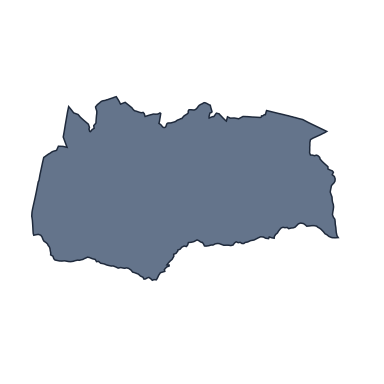 Keiyo South, Rift Valley, Kenya (Mercator projection), rotated 102°
{"feature_id": "3690345B51361114330680", "entity_name": "Keiyo South", "entity_type": "district", "adm_level": 2, "iso_a3": "KEN", "parent_name": "Kenya", "parent_adm1": "Rift Valley", "projection": "mercator", "projection_center": [35.567, 0.379], "detail": "fine", "context": "isolated", "style": "filled", "palette": "slate", "viewbox_px": 384, "rotation_deg": 102, "n_neighbors": 0, "source": "geoboundaries", "source_scale": "gbopen_adm2", "svg_char_len": 6062}
<svg xmlns="http://www.w3.org/2000/svg" viewBox="0 0 384 384"><g transform="rotate(102 192 192)"><path d="M189.0,344.2L193.7,344.3L206.9,344.3L212.3,344.1L213.1,344.2L214.0,344.5L224.5,344.3L230.8,344.3L238.8,344.4L242.3,344.4L245.0,344.3L249.1,343.7L250.0,343.3L253.0,342.2L256.5,341.2L260.5,340.1L262.8,339.5L265.5,338.7L267.2,337.8L266.2,335.6L265.4,333.5L265.7,331.0L267.2,329.3L267.7,329.0L269.4,327.9L270.9,326.6L271.8,324.3L272.9,322.5L274.3,321.5L275.1,320.3L276.8,319.2L278.7,318.5L281.0,317.5L282.9,317.2L283.7,314.7L286.0,313.3L287.0,311.9L287.0,309.1L287.0,307.3L286.6,304.9L285.8,302.4L285.7,298.3L285.4,296.3L284.5,293.8L283.4,291.9L282.4,289.7L282.2,287.9L281.4,286.4L280.7,284.8L279.5,283.4L278.6,282.1L278.0,281.3L277.5,280.8L277.4,278.8L278.0,275.5L278.1,272.6L280.0,270.9L279.3,269.1L280.7,266.4L280.6,264.9L280.6,262.8L281.1,260.5L281.2,258.1L281.2,255.5L280.7,253.8L281.2,250.8L281.8,248.4L280.7,246.0L280.7,243.5L280.6,241.9L279.8,240.3L279.9,238.1L281.0,235.5L282.7,233.4L282.8,231.5L283.5,227.3L284.9,225.0L285.6,222.2L287.2,220.9L286.7,219.4L285.4,218.0L284.9,217.2L284.5,216.4L285.4,214.4L286.6,212.5L285.6,210.9L285.3,208.6L284.1,208.2L283.2,207.9L280.4,207.3L277.5,206.1L275.3,202.1L273.7,202.9L272.1,202.1L270.5,201.0L269.2,199.0L268.2,199.2L268.5,201.4L266.0,200.2L263.9,198.9L262.2,197.6L261.6,197.3L260.8,197.1L258.7,196.4L256.7,197.0L255.4,194.9L252.6,193.6L251.7,193.8L250.5,191.8L248.1,190.5L246.5,188.5L246.5,186.1L244.6,185.2L243.1,185.1L242.2,185.0L241.9,184.1L241.4,182.5L240.6,180.7L239.9,179.5L237.8,177.1L238.2,175.3L238.5,174.5L238.8,173.9L239.3,172.3L239.1,171.4L240.6,169.8L242.2,168.6L242.0,167.0L241.0,164.3L239.9,162.3L239.5,160.4L237.9,158.5L237.1,156.5L236.8,154.7L237.5,149.8L236.9,147.4L236.7,146.6L236.4,144.8L236.4,143.5L236.3,142.8L235.3,140.8L233.4,140.0L232.8,139.6L231.5,138.4L232.0,136.3L231.2,134.5L232.0,132.4L231.6,130.6L230.3,129.5L229.3,127.1L227.4,124.6L226.1,121.4L224.5,119.4L223.1,117.7L221.5,115.5L221.2,112.7L221.9,110.5L221.8,108.8L221.7,107.4L219.9,107.1L220.2,104.5L220.1,102.0L218.4,102.2L216.2,101.4L214.3,99.9L212.4,99.3L210.3,98.3L208.5,97.2L207.6,95.6L207.6,93.7L206.9,91.5L207.8,89.8L206.7,87.7L206.0,85.5L205.0,83.9L203.2,82.7L201.0,81.3L199.8,79.3L199.7,76.4L200.7,74.1L201.6,72.7L200.9,70.4L200.0,67.8L199.5,65.6L199.5,62.9L200.2,61.9L200.9,59.6L201.7,57.9L202.2,57.2L202.6,56.6L203.6,55.1L205.2,53.2L205.7,51.3L207.0,48.8L207.5,46.1L207.5,45.2L207.0,42.2L206.5,40.6L206.2,39.5L204.6,41.1L201.5,42.5L198.9,43.3L196.9,43.9L193.6,45.2L191.0,45.9L189.0,46.6L187.2,48.5L185.0,49.9L182.4,50.1L179.6,50.2L177.2,50.4L174.8,51.2L173.0,52.3L170.7,53.2L167.8,54.0L165.3,55.6L163.3,56.8L161.0,56.9L158.6,56.9L156.7,56.9L155.1,56.0L153.5,55.0L151.6,54.4L149.4,54.7L147.2,56.0L146.0,58.4L143.3,57.8L142.2,59.1L141.8,61.4L141.2,63.8L139.0,64.3L137.9,66.2L136.3,69.0L135.0,71.1L133.2,73.5L131.6,74.3L130.5,76.0L130.2,76.8L130.1,78.1L131.0,79.6L130.9,82.0L131.2,83.8L129.3,85.1L126.3,85.6L123.6,86.2L121.9,86.4L119.1,87.0L116.1,87.0L114.1,84.8L112.2,82.2L109.1,78.0L107.6,76.2L107.2,75.7L106.5,74.7L104.7,72.8L102.3,82.6L99.9,92.4L98.1,98.8L98.0,102.6L97.8,105.5L97.7,106.9L97.8,107.7L97.6,109.0L97.6,111.0L97.4,113.6L97.4,115.3L97.3,118.1L97.2,121.7L97.2,123.4L96.8,136.0L97.7,136.1L101.1,136.3L101.2,137.1L101.7,137.7L102.5,138.3L102.9,139.0L103.1,139.8L103.8,139.7L104.6,140.2L104.9,140.7L105.8,146.6L106.1,148.3L106.7,153.1L107.5,157.8L110.7,161.6L110.7,162.9L110.8,165.8L110.9,166.4L111.8,169.8L111.1,172.9L115.5,173.1L115.2,173.8L113.4,176.7L111.0,180.2L110.6,180.9L109.9,181.7L109.8,184.5L110.5,184.9L112.3,185.7L113.8,186.4L113.9,187.3L115.0,189.1L116.1,190.6L115.5,190.8L114.7,191.0L113.9,191.0L111.2,190.9L110.7,190.5L110.5,189.9L110.0,189.5L109.5,189.1L108.9,189.3L105.8,191.0L103.3,192.2L103.2,192.7L103.2,193.3L102.9,193.9L102.7,194.8L102.4,195.7L102.2,196.5L102.0,197.8L102.1,198.7L102.6,199.4L103.3,200.0L103.8,200.7L104.3,201.4L104.8,202.0L105.3,202.5L105.8,203.0L106.8,203.6L108.2,204.2L109.2,204.7L109.9,205.2L110.4,205.6L110.8,206.1L111.3,206.8L111.5,207.8L111.7,209.8L112.0,211.4L112.2,212.0L112.7,212.3L113.5,212.5L114.3,212.4L114.8,212.2L115.4,212.2L116.1,212.5L117.2,213.5L118.8,215.2L119.2,215.6L120.0,216.0L120.8,216.5L121.3,216.8L122.2,217.1L122.6,218.2L123.1,218.8L123.5,219.3L123.9,219.9L124.3,220.6L124.8,221.3L125.4,221.9L125.9,222.3L126.5,222.8L127.0,223.6L127.7,224.9L128.8,227.0L129.1,228.0L129.2,228.8L129.4,229.4L129.8,230.3L130.6,230.8L131.3,230.9L132.7,231.1L133.6,231.2L134.3,231.7L134.8,232.7L134.7,233.7L134.3,234.5L133.8,235.1L133.2,235.7L132.7,236.5L132.3,237.3L132.0,237.9L131.8,238.6L129.2,238.5L128.5,238.6L125.2,238.7L121.7,238.9L121.3,239.8L121.7,240.2L122.4,241.0L123.0,242.0L123.2,242.9L123.4,243.5L123.5,244.1L123.6,244.7L123.7,245.6L123.9,246.3L124.4,247.1L125.0,248.4L125.9,250.1L127.9,253.6L125.3,255.0L124.3,256.4L124.6,257.0L124.8,257.5L125.0,258.0L125.0,258.9L124.9,260.6L124.7,261.9L124.5,263.6L124.5,264.5L124.4,265.3L123.8,266.2L123.4,266.9L122.1,268.3L118.2,276.0L120.9,280.2L119.4,281.4L117.8,282.7L117.1,283.4L114.5,285.9L114.9,286.6L115.3,287.4L116.3,288.9L116.7,289.6L118.4,292.5L119.2,293.7L119.5,294.5L119.9,295.1L120.4,295.9L120.8,296.8L121.2,297.9L121.7,298.8L122.2,299.5L123.3,300.4L123.9,300.8L125.2,301.9L125.7,302.3L126.2,302.7L126.9,303.1L127.8,303.5L128.6,304.0L129.5,303.8L132.4,302.1L133.2,301.8L133.8,301.7L135.5,301.4L136.3,301.4L138.1,301.2L138.9,301.1L139.7,301.0L142.7,300.6L144.4,300.3L145.5,300.8L147.4,301.9L148.0,301.7L148.8,301.5L150.0,300.9L150.5,301.4L151.1,302.0L151.7,302.7L152.3,302.9L154.1,303.9L154.0,304.7L153.2,305.1L152.5,305.4L151.9,305.9L150.2,305.7L147.2,307.5L144.3,312.9L142.1,316.7L139.9,319.5L139.2,324.2L136.9,326.9L134.1,330.4L139.3,330.4L144.9,330.2L147.2,330.1L152.6,329.9L158.7,329.6L165.0,329.4L171.0,325.6L174.3,323.5L174.2,327.6L175.0,332.2L179.2,333.1L179.7,333.6L180.0,334.2L181.1,336.3L181.7,337.1L182.2,337.7L182.8,338.2L183.4,338.7L183.8,339.1L184.4,339.9L185.1,340.6L186.3,341.7L186.8,342.2L187.6,342.8L189.0,344.2Z" fill="#64748b" stroke="#1e293b" stroke-width="1.5"/></g></svg>